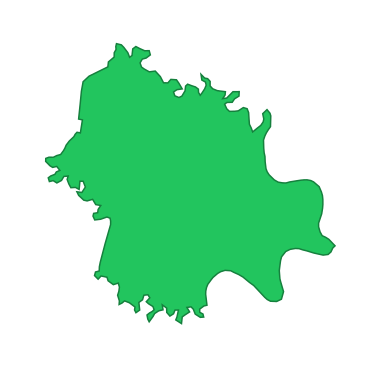 outline of Três Barras do Paraná, Paraná, Brazil, rotated 279°
{"feature_id": "56859067B38476721445901", "entity_name": "Três Barras do Paraná", "entity_type": "district", "adm_level": 2, "iso_a3": "BRA", "parent_name": "Brazil", "parent_adm1": "Paraná", "projection": "orthographic", "projection_center": [-53.227, -25.448], "detail": "fine", "context": "isolated", "style": "filled", "palette": "green", "viewbox_px": 384, "rotation_deg": 279, "n_neighbors": 0, "source": "geoboundaries", "source_scale": "gbopen_adm2", "svg_char_len": 3580}
<svg xmlns="http://www.w3.org/2000/svg" viewBox="0 0 384 384"><g transform="rotate(279 192 192)"><path d="M221.0,310.5L221.9,307.5L222.0,303.7L221.5,300.8L220.7,297.7L219.6,294.2L217.2,286.9L215.6,283.4L215.2,280.2L215.2,275.6L216.8,271.4L221.0,265.5L223.8,263.0L226.7,261.4L233.4,259.5L238.5,258.5L242.1,257.1L246.5,256.0L254.5,254.5L258.7,255.2L262.1,256.2L265.4,257.6L268.8,259.3L279.5,257.9L282.0,256.7L285.1,253.2L280.4,249.6L275.3,251.5L272.3,251.3L268.5,249.5L265.4,246.6L260.8,242.5L264.3,240.6L267.9,238.1L273.0,236.9L279.3,235.5L282.9,233.4L283.4,229.5L279.4,225.0L278.4,221.5L277.5,216.4L279.5,213.4L283.8,210.5L285.9,212.4L286.9,217.7L290.6,219.4L294.1,223.4L298.5,222.9L297.5,216.8L290.2,211.6L289.0,207.7L293.0,209.5L296.3,209.3L296.1,204.0L296.1,200.9L297.2,196.3L299.6,193.3L304.1,192.6L306.4,189.7L306.5,186.7L309.6,182.5L304.1,184.2L302.7,188.1L299.7,189.3L295.9,188.4L291.4,186.4L288.8,185.0L291.3,182.9L294.6,182.2L296.3,179.0L296.9,175.2L297.8,170.8L295.6,169.1L290.8,169.3L285.1,167.0L283.3,164.3L284.3,160.0L287.9,158.1L290.7,161.1L292.3,166.2L297.4,162.0L300.4,159.1L299.9,153.5L296.0,151.1L295.4,146.8L301.0,142.7L305.7,136.8L304.0,131.0L306.0,125.6L307.5,122.6L311.4,120.5L315.5,122.1L317.1,125.7L320.9,129.4L324.9,127.6L324.1,123.2L325.5,117.9L326.9,113.8L324.1,111.1L317.4,111.4L315.3,109.3L319.6,106.8L324.2,102.0L326.3,99.2L326.7,94.2L323.7,94.0L320.9,94.7L317.4,93.4L313.1,94.0L307.4,89.1L302.4,89.3L290.3,72.2L283.9,67.2L274.2,67.0L261.3,67.8L246.3,68.6L246.1,72.5L232.9,72.5L233.0,69.1L230.8,67.6L228.2,66.7L223.1,62.8L218.6,60.4L215.4,59.6L212.7,58.6L208.5,56.4L206.8,52.7L204.6,49.6L204.0,45.3L202.3,42.3L199.3,42.7L195.7,47.6L194.5,50.5L196.1,54.4L192.7,58.1L190.6,54.9L188.0,53.8L185.7,49.9L183.5,47.8L180.0,49.5L181.5,53.1L179.8,57.1L183.0,61.3L187.3,63.0L188.4,67.2L184.9,66.7L180.7,69.1L177.3,71.7L178.3,76.2L176.9,80.1L180.7,79.9L185.1,79.6L185.6,82.8L180.2,85.9L174.3,83.3L174.2,78.3L170.9,80.6L167.0,86.4L166.8,89.8L169.2,95.0L164.5,98.9L164.4,104.0L160.1,102.0L156.8,102.1L155.5,98.2L152.7,98.0L149.2,100.3L150.8,106.0L154.0,111.9L153.3,115.2L150.5,116.2L147.0,116.7L127.5,114.3L108.4,112.4L103.7,112.2L99.5,112.7L97.9,109.2L94.2,108.8L91.2,112.9L94.8,115.3L94.7,118.3L94.5,121.4L91.2,123.0L88.2,128.8L90.5,133.4L86.7,135.2L82.5,135.3L78.4,134.7L73.1,137.3L69.5,137.6L71.4,140.3L73.9,142.4L72.8,147.5L70.9,151.1L69.5,153.7L66.5,153.7L64.0,155.5L67.2,158.8L74.6,156.8L77.8,160.0L82.5,160.6L83.6,164.5L80.9,166.9L76.5,164.0L74.8,166.6L72.8,171.3L69.8,173.0L67.7,171.3L65.9,169.0L63.5,166.8L59.6,168.2L57.1,170.0L63.0,173.0L66.1,174.1L69.4,177.7L71.1,181.8L75.9,180.3L73.4,185.1L69.1,185.9L66.0,189.6L68.8,192.8L72.7,193.7L73.3,197.1L66.2,196.7L63.1,196.0L60.4,202.2L67.1,201.9L69.5,204.3L73.2,208.4L77.2,205.0L78.4,209.0L76.5,211.6L71.9,214.3L69.5,219.8L70.3,223.1L73.2,221.9L74.4,218.5L77.5,217.9L81.3,221.6L82.5,224.5L93.1,221.5L96.3,221.1L100.0,221.3L103.4,222.1L108.4,224.7L110.9,226.1L115.6,230.1L117.8,232.8L119.8,236.9L120.3,242.6L119.2,245.8L117.8,251.0L116.0,255.6L111.8,262.7L109.3,267.6L99.4,280.3L97.6,283.1L96.4,286.6L97.1,292.7L100.1,297.1L107.9,298.0L117.0,293.7L120.0,292.4L128.0,290.5L133.4,290.3L138.0,290.2L142.0,290.6L147.9,293.9L150.7,297.9L152.4,302.9L152.8,306.6L152.2,310.3L151.8,314.8L150.8,321.8L150.5,326.4L150.2,331.4L151.6,336.2L154.5,338.6L158.7,339.8L161.2,341.7L164.5,337.4L166.7,334.5L168.2,331.0L169.2,327.4L172.7,324.7L177.4,322.5L181.1,321.9L190.7,323.5L196.4,323.5L200.2,323.2L205.1,322.4L208.9,321.4L212.3,319.8L217.2,316.7L221.0,310.5Z" fill="#22c55e" stroke="#15803d" stroke-width="1.5"/></g></svg>